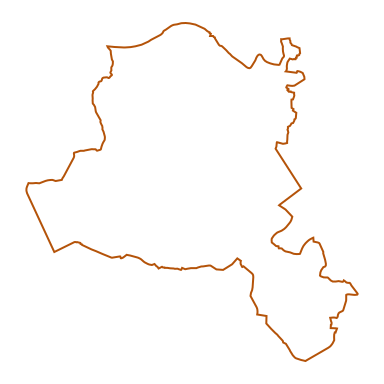 Phachi, Phra Nakhon Si Ayutthaya, Thailand
{"feature_id": "78962969B2031869857401", "entity_name": "Phachi", "entity_type": "district", "adm_level": 2, "iso_a3": "THA", "parent_name": "Thailand", "parent_adm1": "Phra Nakhon Si Ayutthaya", "projection": "orthographic", "projection_center": [100.735, 14.433], "detail": "fine", "context": "isolated", "style": "outline", "palette": "amber", "viewbox_px": 384, "rotation_deg": 0, "n_neighbors": 0, "source": "geoboundaries", "source_scale": "gbopen_adm2", "svg_char_len": 5846}
<svg xmlns="http://www.w3.org/2000/svg" viewBox="0 0 384 384"><path d="M27.1,193.3L54.3,252.0L74.4,242.1L75.2,242.0L76.6,242.3L77.0,242.1L80.3,242.9L80.4,243.0L80.5,243.9L81.9,244.4L81.9,244.8L82.0,244.9L91.5,249.4L96.1,251.2L102.8,254.1L111.4,257.6L112.1,257.7L120.0,256.4L120.3,256.5L120.8,258.2L121.1,258.3L122.7,257.8L124.0,256.9L126.7,254.8L127.4,255.0L130.1,255.5L137.8,257.6L139.6,258.4L141.1,259.3L143.7,261.6L144.8,262.4L147.7,263.9L149.2,264.5L151.9,265.0L154.5,264.0L156.5,266.3L157.4,266.7L158.6,268.5L162.0,266.8L162.8,267.4L164.5,267.5L164.6,267.9L167.6,267.9L170.2,268.3L173.7,268.5L174.8,268.8L177.7,268.7L178.5,269.1L181.0,269.9L181.3,269.7L182.1,267.9L185.2,269.2L187.6,268.7L191.2,268.1L196.5,268.1L197.6,267.6L201.2,266.5L203.2,266.4L209.0,265.5L210.1,265.5L210.9,265.8L216.4,269.4L223.1,269.9L232.1,264.3L237.3,258.4L240.9,260.9L240.6,261.7L240.6,263.8L242.1,266.9L242.3,267.0L243.4,266.3L243.6,266.4L251.7,273.2L252.5,274.0L253.1,275.1L253.3,277.1L252.6,287.4L252.1,290.2L251.0,292.9L250.5,296.0L256.7,307.4L257.3,309.2L257.5,311.1L257.5,312.4L257.2,314.5L266.5,316.0L266.3,323.5L271.3,329.0L275.2,332.9L277.3,334.7L278.4,336.1L282.4,340.4L282.8,340.9L283.2,342.5L285.9,343.8L289.6,349.8L290.2,351.1L292.8,355.3L294.8,357.5L296.0,358.3L301.2,360.0L305.4,361.0L328.4,347.7L330.3,346.3L331.8,344.5L332.7,343.2L334.2,340.2L334.1,336.8L334.2,334.5L334.8,332.3L335.1,332.2L335.6,332.4L335.7,332.1L337.0,328.5L335.8,328.3L330.7,328.1L330.9,324.8L331.4,324.6L331.6,323.1L331.5,322.3L331.1,321.4L330.2,317.8L333.3,317.5L334.9,317.6L336.7,318.0L337.4,317.2L337.7,316.6L337.9,315.0L338.6,313.3L339.4,312.5L342.3,311.1L343.0,310.6L343.4,309.7L346.1,300.8L346.2,299.7L346.2,295.2L346.3,294.8L347.4,294.4L348.9,294.3L354.3,294.9L356.0,294.8L357.3,294.6L357.6,294.1L357.6,293.6L351.4,285.5L350.3,283.5L349.7,282.9L348.3,282.9L346.4,282.5L345.2,281.4L343.8,280.4L343.3,281.4L342.9,281.7L342.6,281.8L342.2,281.8L338.6,281.1L336.0,281.5L332.7,281.5L330.8,280.5L328.0,277.7L327.6,277.5L323.8,277.4L321.0,276.4L320.0,275.6L320.4,272.4L321.3,270.1L323.4,267.1L324.8,266.7L325.4,266.1L325.8,265.5L325.9,263.8L325.1,259.8L323.2,253.3L323.3,251.9L319.6,243.7L319.2,243.1L317.9,242.5L313.6,241.6L313.3,237.7L313.0,237.8L310.3,239.2L308.8,240.2L307.3,241.5L305.5,243.3L303.6,245.7L302.5,247.7L301.9,249.0L300.0,253.8L299.2,254.0L296.8,254.1L293.7,253.8L290.2,252.4L285.5,251.4L284.4,250.8L283.3,250.0L281.8,248.5L280.6,248.3L278.8,248.3L278.6,247.7L278.5,246.3L278.1,246.2L276.3,246.1L275.9,245.9L274.0,244.2L271.8,242.5L271.6,240.2L271.7,238.9L271.9,238.4L273.9,235.5L275.6,233.9L277.3,232.5L281.6,230.7L282.8,229.9L284.3,228.9L286.1,227.2L289.7,222.8L290.6,221.5L291.4,219.8L292.3,216.7L285.5,209.5L279.1,205.3L280.1,204.4L301.2,188.5L275.6,148.7L276.4,146.6L276.8,142.5L277.0,142.2L283.0,143.8L285.1,143.5L287.1,143.0L287.1,141.3L287.3,139.8L287.5,134.8L288.3,132.5L287.8,130.1L287.5,129.8L288.0,128.3L287.9,126.9L288.0,126.8L290.1,125.8L291.5,123.4L293.1,123.0L294.4,120.5L294.4,119.4L295.3,118.9L295.8,118.1L296.3,112.8L292.9,110.6L293.5,109.1L291.6,107.9L291.4,101.2L291.5,99.6L293.0,99.4L294.1,96.4L294.3,95.4L294.1,94.1L294.1,92.7L291.6,92.2L290.6,91.9L290.6,91.5L289.5,91.5L289.0,91.8L288.8,91.7L287.5,90.2L288.5,89.6L288.4,88.8L287.5,88.7L287.0,87.9L286.3,87.5L286.3,87.4L286.5,87.1L286.6,86.5L287.4,85.3L290.1,85.7L292.3,85.9L294.5,85.6L304.4,79.3L304.5,79.2L304.3,76.8L302.7,73.0L300.4,71.8L298.3,71.2L297.3,71.1L297.2,71.2L296.8,72.6L296.6,72.8L285.8,71.4L286.4,70.7L286.9,68.8L286.8,66.0L287.3,62.8L287.6,61.9L289.8,58.6L292.8,59.4L294.1,59.0L294.9,59.3L295.6,59.2L295.9,57.8L296.6,57.8L296.8,56.9L296.6,56.7L296.9,55.5L297.4,55.3L298.3,55.5L299.2,55.0L299.3,54.8L299.5,53.7L300.1,53.2L299.5,48.1L297.2,47.2L296.5,46.7L291.9,45.1L291.4,43.9L290.4,42.7L290.3,40.8L289.6,39.5L289.6,38.4L288.0,38.4L282.0,39.3L281.2,39.2L281.1,41.7L281.7,43.0L282.9,46.5L282.8,48.6L283.0,51.5L283.5,53.8L284.0,55.5L284.0,55.9L283.9,56.5L283.6,57.0L282.3,58.4L279.5,64.7L278.7,64.9L274.0,64.4L270.3,63.4L267.0,62.1L265.0,60.8L263.6,59.2L261.8,56.0L261.0,55.0L260.7,54.8L259.6,54.5L259.0,54.6L257.7,55.5L256.4,57.6L255.3,60.4L251.8,66.1L250.5,67.8L249.3,68.2L247.7,67.8L246.4,67.0L241.9,63.2L232.2,56.4L229.9,53.9L228.8,53.1L226.2,50.2L222.5,46.7L221.6,46.0L219.9,45.7L219.3,45.2L218.9,44.8L214.9,38.3L214.9,37.5L213.7,37.0L213.4,36.3L213.1,36.0L210.1,36.0L210.8,33.7L209.6,33.2L209.7,32.4L207.5,31.3L204.6,28.8L195.5,24.6L189.8,23.4L185.7,23.0L181.3,23.2L177.2,24.3L173.8,24.8L172.4,25.3L170.9,26.1L165.8,29.7L164.2,30.6L163.5,31.2L162.6,33.0L161.3,34.3L160.1,35.1L151.1,39.8L148.4,41.6L141.6,44.7L135.4,46.3L130.6,47.1L124.5,47.5L114.7,47.0L107.4,46.3L107.9,47.5L110.0,49.8L110.7,50.8L110.9,53.8L111.9,59.5L112.9,61.4L112.8,63.9L112.5,65.3L112.2,66.0L111.5,67.0L111.3,67.6L111.3,69.2L111.4,70.4L110.4,72.4L110.7,73.4L111.8,74.5L111.9,75.0L111.7,75.3L110.4,76.4L109.7,77.4L109.1,77.9L108.5,78.0L107.3,77.4L106.5,77.3L103.6,77.6L102.9,77.9L102.5,78.2L102.1,78.9L101.6,80.6L101.2,81.1L100.8,81.3L99.5,81.6L98.8,82.1L98.5,82.6L98.5,83.9L97.6,85.5L97.0,86.7L95.0,89.2L93.0,91.1L92.9,91.6L93.1,92.2L93.1,92.7L92.6,94.3L92.5,95.1L92.7,98.5L92.6,100.4L92.8,103.6L93.8,104.7L95.1,107.0L95.8,111.5L96.2,112.5L100.6,120.2L100.6,120.7L100.4,121.8L100.5,122.4L101.4,124.5L102.2,125.9L102.5,127.8L102.4,129.4L103.5,131.6L104.8,136.4L104.9,137.6L104.7,139.7L104.5,140.3L103.6,141.7L102.6,143.6L101.5,146.7L100.9,149.2L100.6,149.6L99.9,149.9L97.1,150.7L96.7,150.5L95.6,149.3L91.5,149.2L84.8,150.5L83.9,150.8L80.5,150.8L79.4,151.1L77.2,151.9L74.2,152.7L74.0,152.9L73.9,153.4L74.2,156.0L73.8,157.6L63.8,176.3L62.4,178.4L61.8,179.9L55.7,181.0L55.0,180.8L53.1,180.1L52.2,179.9L50.3,180.0L47.9,180.3L45.6,180.9L39.3,183.3L36.0,183.0L32.5,183.3L29.0,183.2L28.5,183.1L27.0,186.7L26.5,188.3L26.4,190.2L26.5,191.1L27.1,193.3Z" fill="none" stroke="#b45309" stroke-width="2"/></svg>